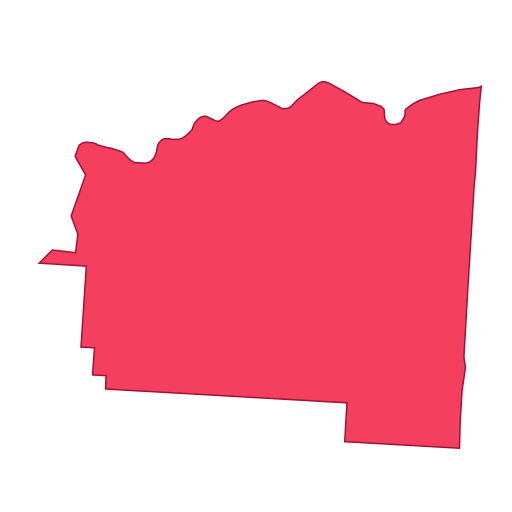 Asotin, Washington, United States of America, rotated 273°
{"feature_id": "52423323B79616802808075", "entity_name": "Asotin", "entity_type": "district", "adm_level": 2, "iso_a3": "USA", "parent_name": "United States of America", "parent_adm1": "Washington", "projection": "albers", "projection_center": [-117.06, 46.229], "detail": "fine", "context": "isolated", "style": "filled", "palette": "rose", "viewbox_px": 512, "rotation_deg": 273, "n_neighbors": 0, "source": "geoboundaries", "source_scale": "gbopen_adm2", "svg_char_len": 1541}
<svg xmlns="http://www.w3.org/2000/svg" viewBox="0 0 512 512"><g transform="rotate(273 256 256)"><path d="M357.6,73.7L346.0,70.1L328.0,81.6L286.3,69.3L268.4,77.0L249.9,75.6L251.3,52.3L237.5,39.9L237.0,87.1L155.8,86.0L155.9,99.5L128.7,99.0L128.7,112.5L115.3,112.7L114.1,354.5L75.2,354.3L74.7,469.2L77.6,469.2L100.4,468.6L132.0,468.8L155.7,471.0L166.2,468.9L243.9,469.3L245.3,469.4L246.6,469.4L338.3,470.2L350.3,470.8L392.4,470.7L421.4,471.3L437.3,472.1L436.6,471.0L435.6,468.0L432.8,450.9L427.2,431.2L420.1,411.4L416.3,405.0L410.6,398.0L408.7,397.2L406.9,397.6L402.5,396.8L396.8,393.8L394.8,389.3L394.5,385.2L394.5,383.3L395.0,381.9L396.8,379.3L398.0,378.4L399.9,377.4L409.2,376.2L411.9,373.2L414.5,365.0L414.7,357.9L415.1,353.6L416.4,351.3L424.6,336.0L432.8,319.0L433.7,315.3L433.3,312.5L431.9,309.6L420.5,296.6L413.7,288.7L406.9,283.0L405.0,279.6L404.6,275.8L404.8,274.0L409.1,264.4L411.3,258.7L411.8,254.2L409.5,243.6L405.9,233.4L404.4,230.1L402.1,226.1L400.7,224.2L398.4,221.7L391.2,215.3L388.8,212.1L388.6,210.1L388.9,208.4L392.7,199.7L392.9,196.9L391.6,193.3L389.6,190.8L384.8,187.3L378.3,185.3L372.6,179.8L369.9,176.5L368.8,174.0L368.4,171.5L368.1,165.7L368.6,163.4L368.3,158.0L367.8,156.9L365.3,154.3L363.5,152.9L361.0,152.0L354.0,150.9L350.0,149.6L347.3,148.1L344.3,144.8L343.0,141.6L343.0,140.6L342.9,129.8L344.0,127.5L346.3,124.1L350.0,120.2L351.4,119.1L353.1,116.6L356.2,104.9L356.4,102.1L358.6,92.1L359.7,90.4L360.3,88.4L360.9,80.7L359.7,76.7L357.6,74.1L357.6,73.7Z" fill="#f43f5e" stroke="#9f1239" stroke-width="1.5"/></g></svg>